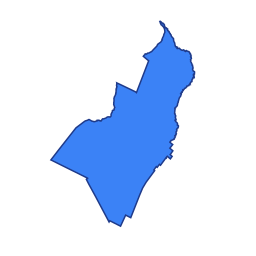 San Antonio de Areco, Buenos Aires, Argentina (Equal Earth projection), rotated 341°
{"feature_id": "61730980B86135062505656", "entity_name": "San Antonio de Areco", "entity_type": "district", "adm_level": 2, "iso_a3": "ARG", "parent_name": "Argentina", "parent_adm1": "Buenos Aires", "projection": "equal_earth", "projection_center": [-59.396, -34.207], "detail": "fine", "context": "isolated", "style": "filled", "palette": "blue", "viewbox_px": 256, "rotation_deg": 341, "n_neighbors": 0, "source": "geoboundaries", "source_scale": "gbopen_adm2", "svg_char_len": 5737}
<svg xmlns="http://www.w3.org/2000/svg" viewBox="0 0 256 256"><g transform="rotate(341 128 128)"><path d="M196.1,108.5L197.0,108.2L197.1,107.8L197.2,107.6L197.6,107.7L198.8,107.6L199.3,107.7L199.7,107.1L200.7,107.2L200.5,106.8L200.7,106.5L201.0,106.2L201.5,106.1L201.9,105.3L202.6,105.0L202.9,105.0L203.2,105.1L203.5,104.9L203.7,104.7L203.6,104.3L203.8,104.0L204.2,103.6L204.3,103.3L204.3,103.0L204.5,102.8L205.1,102.7L205.5,101.9L205.8,101.6L206.2,101.7L206.3,101.9L206.7,102.1L207.0,102.0L207.0,101.1L206.7,100.9L206.7,100.7L206.8,100.6L207.4,100.5L207.4,100.1L207.0,99.7L207.1,99.4L207.6,99.4L207.7,99.0L207.3,98.8L207.3,98.6L207.7,98.4L208.1,98.5L208.2,98.8L208.4,98.7L208.6,98.0L208.9,97.6L209.2,96.3L208.7,95.9L208.6,95.7L208.3,95.5L208.2,95.1L208.3,94.5L208.1,93.8L208.5,92.8L209.1,92.5L209.1,92.4L209.0,91.5L209.3,90.9L209.3,90.2L209.4,89.8L209.1,89.7L209.3,88.2L209.1,87.4L209.2,86.8L208.9,85.8L208.9,85.4L209.0,85.1L209.4,84.6L209.4,84.3L209.3,84.0L209.3,83.8L209.6,83.7L210.2,83.2L210.6,82.9L210.7,81.9L210.3,81.3L210.3,81.2L210.7,81.1L210.8,80.8L211.2,80.5L211.0,80.1L211.3,78.6L211.2,78.4L211.1,78.0L210.8,77.9L211.0,77.6L211.0,77.4L210.8,76.8L210.8,76.5L210.6,76.1L210.5,75.6L209.8,75.3L209.5,74.8L209.0,74.6L208.3,73.7L207.7,73.8L207.6,74.3L207.4,74.4L206.7,73.5L206.4,73.4L206.4,72.7L206.2,72.4L205.7,72.1L204.8,72.3L203.9,71.7L203.7,71.3L203.1,70.8L203.0,70.2L202.7,69.8L202.6,69.4L202.3,69.2L200.9,69.1L200.3,68.8L200.3,68.5L200.7,68.1L201.0,67.7L200.8,67.5L200.6,67.6L200.3,67.0L199.9,67.0L199.5,66.7L199.4,66.4L199.5,65.7L199.4,65.0L199.6,64.2L199.6,63.7L199.8,63.2L199.8,62.2L199.6,61.6L199.5,60.8L199.7,60.2L199.7,59.4L199.8,59.1L200.1,58.8L200.1,58.4L200.0,57.9L199.4,56.8L199.2,56.0L198.9,55.5L199.0,53.8L198.6,53.3L198.7,52.5L198.6,52.4L198.4,52.1L198.3,51.9L198.3,50.7L198.0,50.5L198.1,50.0L197.9,49.5L197.2,48.8L197.4,48.3L197.3,47.8L197.4,47.6L197.6,47.6L197.7,47.3L197.7,47.2L197.2,47.0L197.0,46.3L197.0,46.0L196.9,45.8L195.7,45.5L195.5,44.7L195.9,44.6L195.9,44.1L195.7,43.8L195.8,43.6L195.8,42.8L196.0,42.5L195.9,42.1L195.8,41.4L195.2,40.7L195.2,40.3L194.6,40.0L194.2,39.3L194.1,38.9L193.7,38.3L193.4,37.7L193.2,37.6L192.8,37.6L192.9,38.4L192.7,39.0L192.8,39.2L192.8,39.8L193.0,41.4L193.1,41.5L193.6,41.8L193.7,42.6L194.0,43.0L194.1,43.4L194.4,44.0L194.5,44.5L194.7,44.9L194.6,45.9L194.7,46.5L194.7,46.8L194.5,47.5L194.4,48.2L194.0,49.5L192.4,51.2L191.3,52.9L190.3,53.7L189.8,54.4L188.9,55.3L189.1,55.8L187.0,57.4L183.4,58.5L182.7,59.1L182.2,59.7L182.0,59.9L177.4,62.2L175.1,63.5L173.8,63.5L173.6,63.7L172.0,63.9L171.2,63.6L170.7,63.7L170.3,63.8L169.7,64.2L169.2,63.9L168.4,63.5L167.8,64.2L166.8,64.5L165.8,65.2L169.4,71.2L147.5,97.3L146.9,96.3L144.1,93.5L135.6,85.1L132.2,81.8L132.2,82.4L131.8,82.4L131.6,82.8L131.6,83.2L131.5,83.4L131.1,83.7L131.0,84.2L131.0,85.3L130.7,85.4L130.5,85.7L130.4,86.4L129.8,86.8L129.5,87.2L129.2,87.9L129.4,88.2L128.8,88.9L128.6,89.7L128.2,90.3L128.3,90.4L128.2,90.9L127.6,91.3L127.5,91.9L127.4,92.1L126.7,92.7L126.5,93.1L125.5,93.9L125.3,94.3L125.0,94.4L124.9,94.8L124.3,95.5L123.9,97.0L123.1,98.9L122.8,99.3L122.5,100.4L122.2,100.8L122.1,101.9L122.2,102.0L122.2,102.3L122.1,103.8L122.2,104.3L121.3,105.1L121.0,105.6L121.0,106.0L120.4,106.5L120.0,106.5L119.6,106.3L119.0,106.4L118.7,106.8L118.4,107.7L117.7,108.2L117.6,108.4L117.0,108.8L116.9,109.2L116.5,109.5L116.3,109.8L116.1,110.7L115.5,111.5L114.8,111.8L114.5,111.8L113.7,111.2L113.4,111.2L112.5,110.9L111.4,111.0L110.8,111.3L110.0,111.4L108.5,111.4L108.0,111.5L107.2,111.1L106.9,111.1L106.2,111.5L105.9,111.9L105.6,112.0L105.1,112.5L104.8,112.6L104.2,112.4L103.8,112.1L103.9,111.9L102.9,111.1L102.3,111.0L101.9,110.8L101.4,110.7L101.4,111.2L100.7,111.0L100.0,111.2L99.4,111.1L99.0,111.2L98.1,111.0L97.9,110.8L97.7,110.8L97.1,110.4L96.9,110.1L96.1,109.8L94.1,107.4L93.3,107.2L92.5,107.5L89.9,107.4L89.0,107.6L78.9,110.9L54.7,126.5L44.7,133.1L73.5,162.3L73.4,162.6L72.7,162.6L71.9,163.0L72.7,168.6L75.0,182.1L79.5,210.7L80.6,209.8L89.0,218.4L97.4,209.6L101.4,213.7L117.0,195.4L122.3,189.5L127.4,185.2L139.3,177.0L138.8,176.1L142.2,173.7L142.8,174.7L145.9,172.6L146.6,173.8L154.0,168.7L154.3,169.0L154.7,168.5L154.6,168.3L155.9,167.5L158.0,171.0L160.5,169.2L159.2,166.9L163.0,164.2L161.0,160.7L164.9,158.2L163.0,155.2L163.4,154.9L163.4,154.6L164.4,154.2L164.6,153.8L165.4,153.9L166.2,153.7L166.7,153.8L167.4,153.6L167.9,153.7L168.2,153.2L168.2,152.9L168.5,152.7L168.8,152.7L169.3,152.4L169.5,152.1L169.6,151.5L169.9,151.1L169.9,150.7L170.2,150.8L170.3,151.0L170.5,150.9L170.7,150.6L170.8,150.3L170.8,149.9L171.2,149.5L171.5,149.6L171.9,149.2L171.7,148.7L171.8,148.3L172.0,148.0L172.2,147.3L172.8,147.1L173.1,146.4L173.7,145.8L173.7,145.7L173.6,145.4L173.5,145.1L174.3,144.5L175.0,144.1L175.3,144.2L175.6,143.8L176.0,143.3L176.4,142.3L176.2,141.8L176.0,141.7L175.6,141.3L176.1,140.4L176.2,140.0L176.1,139.0L175.3,137.6L175.2,136.9L174.9,136.3L175.0,136.0L175.1,135.8L175.8,136.0L176.1,136.0L176.2,135.8L176.2,134.8L176.1,134.5L176.3,134.0L176.2,133.3L176.3,133.0L176.9,132.3L177.1,132.2L177.0,131.8L177.0,131.0L176.8,130.7L176.8,130.4L177.1,129.9L176.8,129.4L177.1,129.0L177.3,128.0L177.9,127.2L178.0,127.0L178.0,126.4L178.2,126.1L178.6,125.7L178.6,124.6L178.7,124.4L178.9,124.3L179.5,124.5L179.6,124.4L180.0,123.9L180.9,123.5L181.9,122.9L182.2,122.3L182.5,121.9L182.7,121.2L183.8,120.1L184.0,119.4L184.4,119.1L184.8,118.4L185.3,117.8L185.4,117.5L185.8,117.0L186.5,116.1L188.1,115.1L189.1,113.7L189.4,113.4L189.1,112.7L189.8,112.6L189.9,112.4L189.8,112.1L190.0,111.8L190.8,111.9L191.0,111.1L191.5,111.0L192.3,110.6L192.5,110.4L192.2,110.0L192.2,109.9L192.2,109.7L192.4,109.6L193.0,109.8L193.3,109.8L193.7,109.6L194.6,108.9L195.3,109.0L195.9,108.8L196.1,108.5Z" fill="#3b82f6" stroke="#1e3a8a" stroke-width="1.5"/></g></svg>